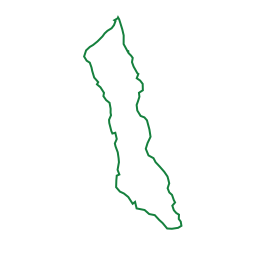 outline of Agios Georgios Lemesou, Limassol, Cyprus, rotated 345°
{"feature_id": "46923920B95496266056125", "entity_name": "Agios Georgios Lemesou", "entity_type": "district", "adm_level": 2, "iso_a3": "CYP", "parent_name": "Cyprus", "parent_adm1": "Limassol", "projection": "mercator", "projection_center": [32.898, 34.799], "detail": "fine", "context": "isolated", "style": "outline", "palette": "green", "viewbox_px": 256, "rotation_deg": 345, "n_neighbors": 0, "source": "geoboundaries", "source_scale": "gbopen_adm2", "svg_char_len": 1452}
<svg xmlns="http://www.w3.org/2000/svg" viewBox="0 0 256 256"><g transform="rotate(345 128 128)"><path d="M109.3,77.8L111.9,81.5L113.9,87.8L112.5,90.9L114.1,95.4L116.7,98.9L116.2,104.9L115.1,108.8L114.9,111.3L111.8,115.2L111.2,118.3L111.1,126.7L111.5,129.3L114.5,129.3L114.3,135.7L111.3,139.5L111.2,142.5L111.8,148.8L111.1,154.7L110.4,158.7L107.1,165.7L107.6,170.7L104.8,171.1L103.2,175.5L101.2,182.1L103.7,187.3L107.1,190.2L110.4,194.7L112.9,202.4L115.7,201.2L115.5,207.9L122.8,211.5L126.2,216.6L131.3,219.1L134.4,225.0L136.8,228.7L139.7,235.0L139.8,235.2L144.3,236.7L150.6,237.4L154.3,236.3L154.7,232.1L153.5,229.0L154.8,224.9L152.6,222.6L151.0,219.3L150.7,214.5L154.2,212.1L153.6,209.5L153.2,204.0L151.2,200.9L150.7,196.4L153.5,192.1L153.6,188.1L153.6,185.1L151.7,179.7L148.7,173.6L145.8,168.2L144.8,163.7L140.7,159.8L139.8,152.7L143.0,147.6L147.5,142.3L148.3,134.9L148.3,125.5L146.6,122.0L143.3,119.6L141.5,113.5L142.3,108.0L144.6,104.7L147.1,100.8L147.7,96.8L152.1,95.4L153.6,89.2L152.0,85.3L149.3,82.2L152.0,78.5L151.2,77.5L149.3,70.1L148.9,65.4L150.7,61.5L149.7,58.9L147.9,55.8L148.1,54.0L147.5,54.1L145.5,45.8L147.8,37.4L148.0,31.1L147.6,20.9L147.0,18.6L146.4,19.4L142.7,20.4L143.6,21.5L141.1,25.0L138.0,27.4L133.3,28.8L129.9,30.6L127.1,32.9L120.9,36.5L115.7,38.8L112.1,39.8L107.6,42.2L104.1,47.6L105.5,52.3L108.0,55.0L108.4,60.1L108.3,62.1L108.2,63.6L108.4,70.5L111.1,76.0L109.3,77.8Z" fill="none" stroke="#15803d" stroke-width="2"/></g></svg>